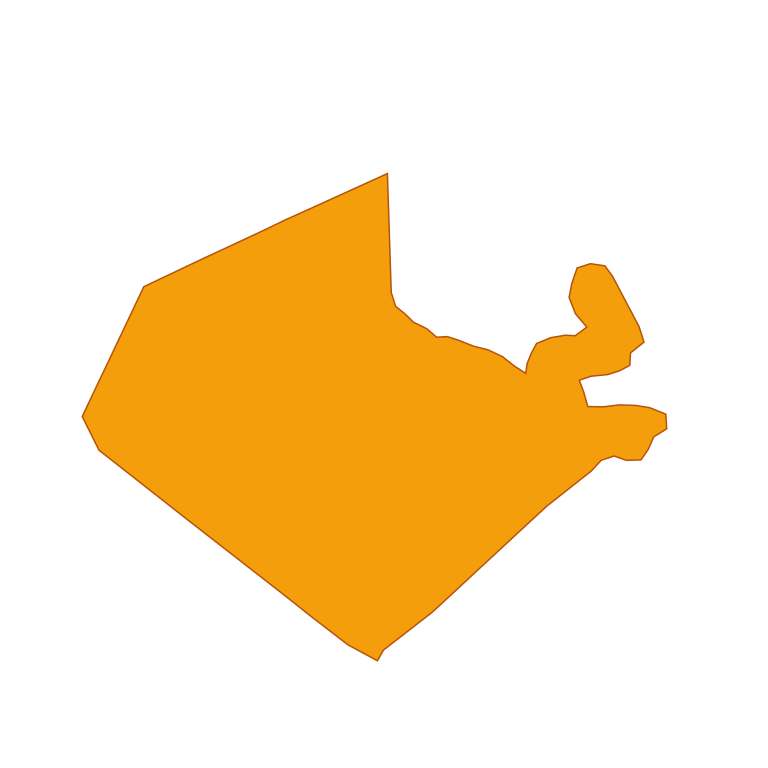 outline of Engenheiro Paulo de Frontin, Rio de Janeiro, Brazil, rotated 219°
{"feature_id": "56859067B20442961875436", "entity_name": "Engenheiro Paulo de Frontin", "entity_type": "district", "adm_level": 2, "iso_a3": "BRA", "parent_name": "Brazil", "parent_adm1": "Rio de Janeiro", "projection": "albers", "projection_center": [-43.66, -22.521], "detail": "fine", "context": "isolated", "style": "filled", "palette": "amber", "viewbox_px": 768, "rotation_deg": 219, "n_neighbors": 0, "source": "geoboundaries", "source_scale": "gbopen_adm2", "svg_char_len": 1047}
<svg xmlns="http://www.w3.org/2000/svg" viewBox="0 0 768 768"><g transform="rotate(219 384 384)"><path d="M631.9,308.5L609.9,217.9L607.5,207.6L598.0,168.8L563.8,153.2L448.5,154.9L333.0,157.1L292.9,157.5L247.8,158.6L214.9,164.8L217.0,176.8L203.0,236.5L201.4,247.0L198.4,267.8L193.1,305.1L184.2,366.9L180.6,391.7L168.2,446.7L167.2,461.4L159.9,472.8L147.6,477.2L136.5,486.8L137.5,499.5L141.1,512.7L136.1,527.1L146.0,537.9L162.6,532.8L175.1,525.6L187.9,515.9L199.4,504.1L211.4,494.7L223.7,503.4L234.6,509.8L228.0,520.3L216.0,532.2L209.3,542.5L204.7,553.2L212.0,563.3L208.3,580.2L221.9,589.1L274.1,611.5L286.7,614.8L299.2,607.5L306.9,595.7L301.2,580.1L294.6,567.7L279.4,559.1L262.2,555.8L265.8,541.8L273.7,536.1L283.6,524.9L290.9,511.5L288.9,500.8L285.7,490.1L280.6,481.5L293.5,480.0L309.1,479.8L324.7,476.0L338.3,469.7L353.7,464.9L364.6,460.7L372.5,453.5L385.5,453.9L400.0,450.6L412.0,451.7L423.9,451.7L435.9,459.6L513.8,549.7L559.0,459.2L563.6,450.2L575.6,424.8L603.1,368.5L631.9,308.5Z" fill="#f59e0b" stroke="#b45309" stroke-width="1.5"/></g></svg>